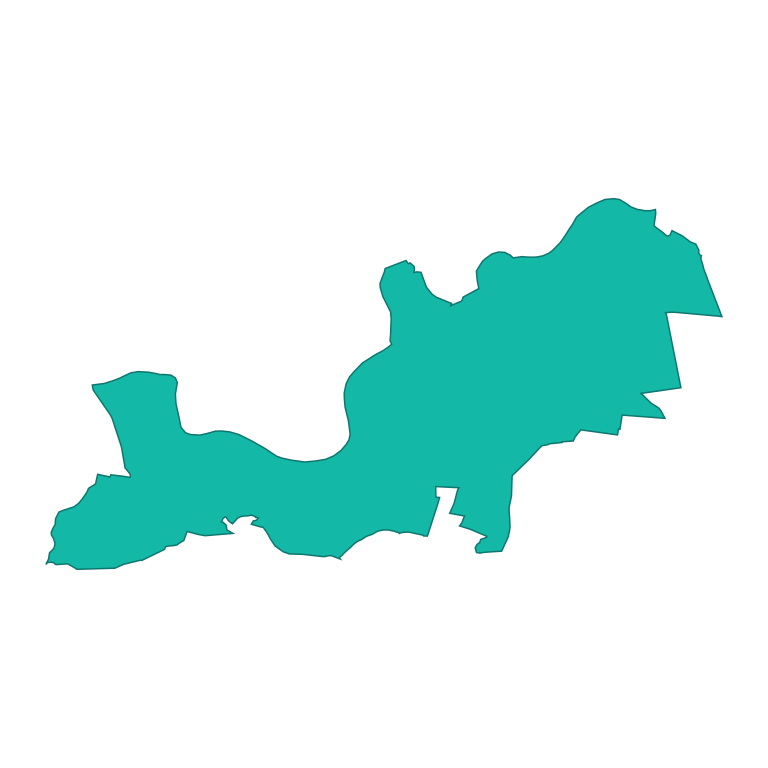 outline of Turdas, Hunedoara, Romania
{"feature_id": "2599482B55317516371384", "entity_name": "Turdas", "entity_type": "district", "adm_level": 2, "iso_a3": "ROU", "parent_name": "Romania", "parent_adm1": "Hunedoara", "projection": "robinson", "projection_center": [23.122, 45.851], "detail": "fine", "context": "isolated", "style": "filled", "palette": "teal", "viewbox_px": 768, "rotation_deg": 0, "n_neighbors": 0, "source": "geoboundaries", "source_scale": "gbopen_adm2", "svg_char_len": 4236}
<svg xmlns="http://www.w3.org/2000/svg" viewBox="0 0 768 768"><path d="M501.8,550.9L508.3,536.6L509.5,530.8L510.0,527.2L509.7,518.7L509.1,510.7L509.1,507.3L511.5,495.9L512.1,476.4L512.5,475.3L528.7,459.7L539.3,448.3L541.8,445.8L542.0,445.7L546.8,444.9L548.7,444.4L549.4,443.8L561.9,442.5L561.7,442.0L562.3,441.8L573.3,441.0L574.7,437.7L577.1,434.4L580.9,429.8L581.7,430.0L617.5,434.9L618.5,429.1L620.0,429.2L622.1,415.1L664.9,418.3L661.1,411.0L659.4,408.7L658.0,407.5L652.3,404.0L650.8,402.9L641.1,393.4L680.9,387.7L666.3,314.0L665.8,313.5L665.4,312.7L671.0,312.2L675.1,312.3L715.5,315.9L721.9,316.6L707.6,279.4L707.0,277.5L703.9,269.4L702.8,265.0L700.9,259.0L701.1,256.1L701.4,255.7L699.9,254.8L698.8,253.2L698.8,250.1L695.8,244.1L690.1,241.8L682.5,236.0L672.0,230.6L670.0,235.2L667.8,236.2L666.5,235.7L663.2,232.8L658.6,229.3L656.6,228.0L654.0,225.5L655.8,213.4L655.4,209.5L650.2,210.7L645.2,210.7L637.4,209.4L631.1,207.0L625.9,203.3L619.5,199.5L614.0,198.7L605.2,199.4L597.4,202.7L588.7,207.1L587.8,207.8L583.4,211.3L577.1,216.5L575.9,218.2L572.8,223.9L569.7,228.4L564.6,236.4L560.5,242.3L556.6,246.4L552.4,250.5L549.1,253.1L542.7,255.9L536.9,257.0L532.8,257.2L526.0,257.0L522.1,256.6L513.2,257.9L510.3,255.2L504.8,252.4L498.6,252.0L492.1,253.9L485.7,258.4L482.6,261.2L479.8,265.4L476.4,271.1L476.8,275.9L477.2,280.3L478.8,288.6L463.2,297.0L461.7,301.0L450.7,305.7L451.6,303.4L448.2,302.1L436.2,297.2L432.0,294.1L426.4,287.2L421.0,272.3L417.0,271.9L413.9,272.4L414.2,270.4L414.4,268.8L414.1,266.4L410.1,262.9L408.2,263.7L406.0,260.5L385.2,268.5L384.4,271.8L380.0,283.5L380.2,287.5L382.9,296.7L390.8,312.3L390.6,313.6L391.2,318.5L390.6,333.8L390.1,340.9L391.7,344.2L388.4,347.0L382.5,350.9L375.3,354.7L362.5,362.9L353.8,371.9L349.5,377.0L346.1,383.9L344.2,393.1L344.4,399.5L345.1,407.3L348.5,421.1L350.1,434.1L349.1,439.7L346.3,444.3L341.0,450.5L333.6,455.9L325.7,459.3L315.7,461.0L304.6,462.0L291.5,460.2L282.3,458.2L276.5,456.2L265.0,448.5L251.1,440.6L238.8,434.5L229.8,431.9L221.8,431.0L215.5,431.1L208.2,433.2L200.0,435.1L190.3,434.5L185.5,432.7L181.0,427.3L178.7,416.0L176.0,403.8L175.4,394.0L177.3,382.5L175.3,377.9L171.1,375.2L165.4,374.6L159.6,374.5L155.8,373.5L148.6,372.2L138.3,371.6L131.0,372.8L125.1,375.5L119.3,378.3L112.2,381.0L104.2,383.5L92.3,385.0L93.2,390.0L110.6,415.3L112.1,418.3L120.9,445.2L121.6,447.6L125.1,468.0L125.3,468.1L130.1,474.1L130.4,476.7L130.3,477.2L129.5,477.3L123.4,476.3L110.8,474.8L110.0,477.0L97.7,474.3L97.6,474.6L95.5,484.0L88.6,488.3L86.9,492.2L82.4,498.8L78.7,503.3L73.8,506.9L63.0,510.4L59.0,512.0L55.6,518.6L55.2,523.3L55.3,524.2L52.7,528.8L51.3,532.1L51.4,534.9L53.6,538.7L54.9,543.0L54.7,545.3L54.0,548.2L49.5,552.9L48.6,559.0L46.2,563.7L46.1,564.4L47.6,562.4L48.2,562.4L48.8,562.5L50.7,562.2L54.1,562.8L55.3,564.4L56.4,564.6L67.6,563.8L74.6,567.8L76.8,569.3L114.9,568.2L123.3,564.4L140.5,560.2L141.9,560.4L164.5,549.4L165.6,546.7L167.2,546.2L167.9,546.1L174.5,545.5L177.3,544.8L178.4,543.7L183.8,540.5L187.1,531.5L197.5,534.3L205.1,535.7L232.9,533.4L226.8,529.8L226.2,525.2L225.8,525.2L225.3,524.4L223.0,522.2L221.5,522.0L222.8,518.8L224.3,517.4L225.8,516.9L227.0,518.4L227.7,519.8L229.6,521.8L232.5,523.8L236.1,519.8L237.0,518.6L238.4,517.8L240.4,516.7L242.9,516.2L245.6,515.9L247.9,515.9L251.2,515.1L254.9,516.3L255.7,517.5L256.7,517.3L258.3,518.0L256.1,520.4L253.3,520.9L251.3,524.2L260.8,527.0L263.2,527.3L267.4,533.3L270.4,539.0L274.0,544.3L275.1,546.0L283.2,551.8L285.2,552.5L289.2,553.9L303.4,554.4L322.6,556.6L324.9,556.6L328.0,555.8L331.0,555.6L340.2,559.0L339.5,558.1L340.1,556.9L341.9,555.5L343.8,553.4L348.2,549.4L350.8,547.2L353.0,544.8L357.0,541.7L360.1,540.1L360.6,540.0L361.2,539.8L366.5,536.3L372.1,534.4L377.7,531.2L383.1,530.0L388.5,530.0L391.9,530.8L394.3,531.1L394.7,531.3L396.1,532.0L398.0,532.2L398.4,532.4L399.3,533.5L401.2,532.6L403.2,532.5L403.9,532.2L408.9,532.1L423.1,535.2L423.5,535.9L427.4,536.1L438.0,503.2L439.6,497.5L435.9,497.1L435.7,486.6L458.9,487.7L457.5,490.4L454.1,503.4L449.7,513.3L464.5,516.0L461.9,522.6L460.5,524.7L459.5,525.9L469.8,529.1L486.8,536.3L486.4,537.5L480.7,539.4L479.7,542.5L477.1,544.4L475.2,547.8L476.5,552.5L480.1,553.1L483.7,552.4L491.7,551.8L501.6,551.2L501.8,550.9Z" fill="#14b8a6" stroke="#0f766e" stroke-width="1.5"/></svg>